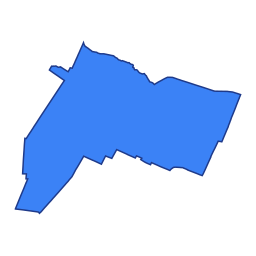 the district of Smeeni, Buzau, Romania
{"feature_id": "2599482B10599735426508", "entity_name": "Smeeni", "entity_type": "district", "adm_level": 2, "iso_a3": "ROU", "parent_name": "Romania", "parent_adm1": "Buzau", "projection": "natural_earth1", "projection_center": [26.881, 44.971], "detail": "fine", "context": "isolated", "style": "filled", "palette": "blue", "viewbox_px": 256, "rotation_deg": 0, "n_neighbors": 0, "source": "geoboundaries", "source_scale": "gbopen_adm2", "svg_char_len": 4628}
<svg xmlns="http://www.w3.org/2000/svg" viewBox="0 0 256 256"><path d="M47.6,204.4L49.1,202.7L49.3,202.5L50.8,200.9L53.2,198.1L54.6,196.6L55.9,195.1L56.1,194.9L65.6,184.1L65.8,183.8L68.2,181.2L69.7,179.2L70.3,178.7L70.7,178.2L71.3,177.4L71.8,176.9L72.0,176.7L72.1,176.4L72.3,176.1L72.5,175.7L72.9,175.0L73.9,173.2L74.7,171.6L74.8,171.5L75.2,170.7L75.6,169.9L77.3,167.2L79.2,164.0L83.7,156.2L93.0,160.4L93.4,160.5L97.1,162.2L101.4,164.2L104.5,158.0L105.2,156.7L105.4,156.4L105.6,156.0L108.4,157.1L111.8,158.4L116.7,149.6L123.2,152.5L127.4,154.4L127.4,154.5L129.2,155.3L131.5,156.3L135.3,158.0L136.5,155.9L139.2,157.0L140.1,157.4L141.8,158.2L140.8,159.6L142.2,160.5L144.1,161.7L145.5,162.5L147.2,163.3L149.8,164.4L150.5,164.7L151.1,163.4L151.5,162.6L151.9,162.8L157.4,165.2L160.4,166.6L162.6,167.5L167.1,169.3L168.3,169.8L169.6,170.4L169.9,170.5L170.7,169.5L171.5,168.8L173.5,167.4L174.3,167.3L175.1,167.2L175.9,167.2L179.3,167.4L181.4,167.6L181.9,167.6L182.3,167.6L182.5,167.6L182.9,167.7L183.4,168.0L183.9,168.2L186.1,169.1L187.5,169.7L187.5,169.9L187.7,170.0L190.8,171.2L197.3,173.7L199.9,174.8L200.0,174.8L202.2,175.6L203.2,173.8L205.3,169.3L208.6,161.9L210.8,157.1L210.9,156.8L210.8,156.6L212.0,154.0L213.5,150.9L214.9,148.2L215.7,146.5L218.1,141.4L218.2,141.2L220.3,141.5L221.8,141.8L222.1,141.1L222.8,139.5L224.1,136.3L225.3,133.5L226.8,129.9L227.5,128.3L227.9,127.5L228.2,126.7L228.5,125.6L228.6,125.3L229.5,123.1L230.2,121.1L230.6,120.2L231.0,119.0L231.6,117.2L232.1,116.1L234.5,110.2L235.6,107.4L236.5,105.0L236.5,104.9L237.3,103.0L237.8,101.6L238.2,100.8L238.5,99.8L239.2,98.4L239.3,97.8L240.0,96.2L240.6,94.6L237.9,93.7L237.0,93.4L235.9,93.1L233.8,92.4L232.4,92.0L230.6,91.8L227.9,91.5L227.7,91.4L221.4,91.3L215.1,91.2L214.9,91.2L213.7,90.9L203.5,87.5L199.7,86.3L195.6,85.0L192.9,84.1L188.9,82.8L186.1,81.9L184.5,81.4L183.6,81.1L182.9,80.9L181.9,80.6L181.0,80.3L180.0,79.9L179.0,79.6L177.7,79.2L176.6,78.8L175.6,78.4L175.1,78.3L174.6,78.1L174.3,78.0L173.8,77.8L173.3,77.7L173.1,77.6L172.9,77.5L172.6,77.4L172.4,77.4L170.4,77.3L169.1,77.3L167.5,77.3L165.3,78.3L163.2,79.4L160.9,80.7L158.4,82.0L156.4,83.2L154.3,84.5L153.2,83.3L152.5,82.8L151.9,82.5L149.9,81.9L149.6,81.7L149.4,81.4L149.2,80.8L148.9,80.3L148.5,79.8L148.2,79.4L147.8,78.6L147.6,78.2L146.9,77.2L146.8,76.9L146.7,76.5L146.5,76.1L146.3,75.8L146.1,75.6L145.6,75.3L145.4,75.0L145.0,74.5L144.8,74.3L144.5,73.8L144.4,73.6L144.2,73.6L142.8,73.9L142.3,73.9L141.6,73.7L140.9,73.4L140.1,73.1L139.5,72.8L138.9,72.3L138.4,71.7L137.3,70.2L136.8,69.9L136.5,69.8L136.1,69.7L135.5,69.8L135.1,69.8L134.7,69.8L134.6,69.6L134.3,69.3L134.2,68.9L134.1,68.5L134.1,68.1L134.0,67.9L133.6,67.7L133.0,67.5L132.8,67.3L132.7,67.2L132.7,66.9L132.8,66.6L133.2,66.1L133.3,65.9L133.3,65.5L132.9,64.8L132.7,64.6L132.4,64.5L131.2,64.3L130.1,63.6L129.8,63.5L129.2,62.7L127.6,62.7L127.4,62.6L126.5,62.1L126.0,62.0L124.2,61.3L123.4,61.1L122.7,60.7L122.4,60.7L121.6,60.9L121.3,60.9L121.0,60.8L120.3,60.3L120.0,60.2L118.9,59.9L118.5,59.7L118.3,59.6L117.3,58.4L116.9,58.1L115.4,57.4L114.2,56.3L113.6,55.9L113.2,55.7L112.9,55.7L112.6,55.6L111.4,55.4L111.0,55.3L109.2,54.9L107.2,54.5L106.8,54.4L104.2,53.9L103.9,53.8L103.1,53.8L100.9,53.8L100.1,53.7L99.8,53.7L99.0,53.4L97.6,53.0L97.4,52.8L96.9,52.4L96.7,52.3L94.7,52.0L93.9,51.8L92.7,51.6L92.2,51.6L91.7,51.0L90.0,49.8L88.6,48.7L88.0,48.2L86.9,47.5L85.3,46.3L85.2,46.4L84.8,45.9L83.9,44.1L83.5,42.7L82.9,44.1L81.5,47.3L80.5,49.5L79.2,52.5L78.4,54.2L76.9,57.7L76.4,58.7L76.1,59.4L75.4,60.9L74.6,62.9L73.9,64.4L73.0,66.3L72.2,68.2L70.2,67.8L68.9,70.4L68.1,71.7L66.3,70.6L63.9,69.1L62.5,68.2L60.6,66.9L60.4,67.1L60.2,67.2L59.8,67.0L59.4,67.1L58.6,67.3L58.1,67.2L57.2,66.7L56.6,66.4L56.3,66.2L56.2,66.1L55.9,66.1L55.3,66.0L54.9,66.1L54.5,66.2L54.2,66.2L53.2,66.1L52.9,66.2L52.5,66.2L52.3,66.3L52.1,66.2L51.8,66.1L51.6,66.2L51.4,66.6L51.1,67.0L50.1,68.8L49.8,69.2L49.4,70.0L53.7,73.1L58.1,76.1L60.8,78.0L61.6,78.6L63.0,79.5L64.4,80.5L61.2,85.2L59.0,88.6L56.6,92.2L41.4,115.2L41.0,115.8L40.6,116.4L39.7,117.8L39.3,118.4L39.1,118.7L37.3,121.5L36.6,122.6L33.8,126.8L33.4,127.5L33.2,127.8L33.1,128.0L32.0,129.7L31.9,129.8L31.4,130.6L30.9,131.4L30.8,131.6L30.5,132.0L30.4,132.1L29.2,133.9L28.9,134.4L27.8,136.1L26.4,138.3L26.3,138.5L26.2,138.6L24.9,138.3L24.4,144.4L24.1,149.3L23.4,159.6L22.9,168.8L22.6,173.8L26.4,173.9L26.0,178.8L27.7,178.9L26.3,182.5L26.2,182.5L24.1,187.7L23.8,188.5L20.8,195.6L15.4,208.9L15.4,209.0L17.4,209.2L23.2,209.9L29.7,210.8L29.8,210.8L34.7,211.5L36.9,211.8L38.4,212.1L38.7,212.2L38.9,212.4L39.4,213.3L40.8,212.1L41.8,211.0L42.9,209.7L44.7,207.6L46.1,206.1L47.6,204.4Z" fill="#3b82f6" stroke="#1e3a8a" stroke-width="1.5"/></svg>